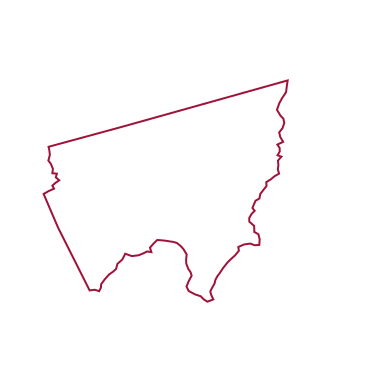 outline of São Domingos do Cariri, Paraíba, Brazil, rotated 63°
{"feature_id": "56859067B21904800653931", "entity_name": "São Domingos do Cariri", "entity_type": "district", "adm_level": 2, "iso_a3": "BRA", "parent_name": "Brazil", "parent_adm1": "Paraíba", "projection": "natural_earth1", "projection_center": [-36.372, -7.576], "detail": "fine", "context": "isolated", "style": "outline", "palette": "rose", "viewbox_px": 384, "rotation_deg": 63, "n_neighbors": 0, "source": "geoboundaries", "source_scale": "gbopen_adm2", "svg_char_len": 1535}
<svg xmlns="http://www.w3.org/2000/svg" viewBox="0 0 384 384"><g transform="rotate(63 192 192)"><path d="M297.4,221.8L292.3,221.6L288.8,220.8L286.1,217.0L283.9,213.6L281.0,211.1L278.6,207.7L276.8,204.0L273.8,198.7L270.7,191.9L269.4,187.5L268.0,182.3L265.6,176.9L262.0,175.7L262.4,169.4L264.4,163.5L267.9,160.3L269.7,156.1L264.9,153.2L259.8,152.0L255.9,154.6L250.4,152.0L244.5,154.4L241.1,152.8L238.5,148.7L237.2,144.7L233.7,145.4L231.2,142.5L228.6,139.3L228.4,134.9L224.8,132.1L222.4,127.1L220.5,122.9L216.9,121.3L216.5,116.0L215.4,111.3L215.2,106.1L210.7,105.2L207.4,102.9L203.0,101.1L201.1,96.3L198.1,99.1L195.7,95.4L192.5,93.9L188.5,94.4L188.7,88.0L183.2,88.4L178.5,87.3L176.3,82.5L172.5,78.5L168.2,77.3L164.3,78.5L157.4,79.0L152.6,74.0L149.2,69.0L145.8,62.9L140.9,59.6L136.0,56.1L102.3,224.0L86.6,299.3L90.2,300.2L94.4,301.8L98.8,305.7L102.8,305.0L108.2,305.4L111.9,307.9L114.3,304.1L117.2,306.7L121.3,305.0L121.9,309.6L122.9,313.5L126.4,313.4L126.1,319.4L126.4,325.1L162.9,327.5L233.2,327.9L235.0,322.9L238.2,319.8L235.9,316.6L232.9,314.8L230.2,309.4L227.8,303.2L227.2,298.7L226.1,294.6L222.2,291.1L220.5,284.7L216.7,279.5L221.8,274.7L224.1,268.4L224.6,263.1L224.6,259.0L227.1,255.5L222.5,254.7L220.3,249.1L219.0,244.7L221.1,241.3L223.3,237.8L225.6,234.7L228.0,231.3L230.6,228.6L234.5,226.8L238.7,225.6L245.3,225.1L249.3,227.8L253.2,229.6L258.7,230.2L262.8,229.7L266.4,230.3L270.1,235.6L273.7,239.8L278.7,239.9L284.8,235.6L288.8,231.6L292.9,230.3L296.7,228.1L297.4,221.8Z" fill="none" stroke="#9f1239" stroke-width="2"/></g></svg>